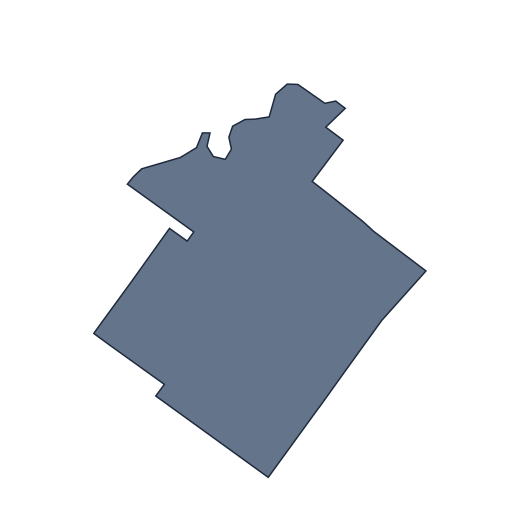 Lincoln, Arkansas, United States of America, rotated 306°
{"feature_id": "52423323B30857528698803", "entity_name": "Lincoln", "entity_type": "district", "adm_level": 2, "iso_a3": "USA", "parent_name": "United States of America", "parent_adm1": "Arkansas", "projection": "mercator", "projection_center": [-91.656, 33.979], "detail": "fine", "context": "isolated", "style": "filled", "palette": "slate", "viewbox_px": 512, "rotation_deg": 306, "n_neighbors": 0, "source": "geoboundaries", "source_scale": "gbopen_adm2", "svg_char_len": 693}
<svg xmlns="http://www.w3.org/2000/svg" viewBox="0 0 512 512"><g transform="rotate(306 256 256)"><path d="M84.1,396.0L169.1,396.0L172.0,396.1L212.6,395.8L277.9,395.6L343.8,402.3L345.1,336.8L346.7,322.8L348.5,282.5L349.4,257.6L400.9,258.4L401.2,236.7L427.9,241.4L428.2,229.4L420.0,222.0L419.4,189.0L413.4,180.2L398.4,176.8L376.3,184.9L366.1,174.7L360.0,166.9L347.3,160.8L336.2,164.2L328.0,173.3L316.1,174.3L311.4,163.0L315.9,151.9L328.5,146.5L324.1,140.3L308.7,144.2L291.1,136.8L259.4,112.3L247.8,110.2L238.5,109.7L238.9,191.5L227.6,191.6L227.5,169.8L162.5,170.3L104.9,170.2L98.0,170.3L97.9,192.2L98.3,257.3L83.8,257.2L84.1,396.0Z" fill="#64748b" stroke="#1e293b" stroke-width="1.5"/></g></svg>